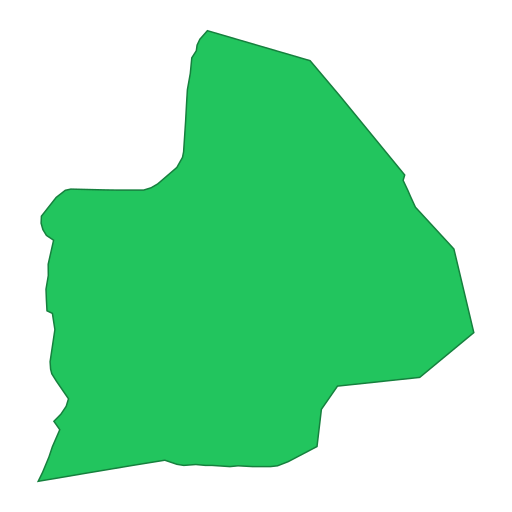 Serra Negra do Norte, Rio Grande do Norte, Brazil (Albers equal-area conic projection)
{"feature_id": "56859067B12396150079063", "entity_name": "Serra Negra do Norte", "entity_type": "district", "adm_level": 2, "iso_a3": "BRA", "parent_name": "Brazil", "parent_adm1": "Rio Grande do Norte", "projection": "albers", "projection_center": [-37.401, -6.573], "detail": "fine", "context": "isolated", "style": "filled", "palette": "green", "viewbox_px": 512, "rotation_deg": 0, "n_neighbors": 0, "source": "geoboundaries", "source_scale": "gbopen_adm2", "svg_char_len": 994}
<svg xmlns="http://www.w3.org/2000/svg" viewBox="0 0 512 512"><path d="M453.9,249.0L415.4,207.2L410.3,196.1L407.8,190.3L403.1,180.4L404.7,175.0L339.5,95.5L310.1,60.7L207.4,30.7L199.9,39.2L197.1,45.1L196.3,50.8L191.8,57.8L190.3,73.5L187.4,89.7L186.6,103.0L185.6,121.5L183.6,151.9L182.5,157.4L176.9,167.4L157.6,184.0L151.0,187.8L143.6,190.1L117.2,190.1L103.6,189.9L70.8,189.1L65.3,190.3L56.2,197.4L41.4,216.2L41.1,223.2L42.9,229.6L46.5,235.5L53.6,240.2L48.2,264.2L48.3,275.6L46.0,289.2L46.4,299.8L47.0,310.8L52.4,313.4L54.9,329.6L50.1,361.7L50.6,369.1L51.8,373.8L56.5,381.3L68.5,398.8L66.2,406.3L60.9,414.2L53.9,421.3L59.8,429.7L52.4,446.7L49.0,456.9L42.6,472.3L38.2,481.3L85.4,473.3L101.0,470.7L132.6,465.4L164.8,460.2L176.9,464.3L183.8,465.4L195.8,464.5L205.5,465.4L212.2,465.4L229.9,466.6L238.1,465.8L252.9,466.6L261.6,466.6L270.4,466.6L277.5,465.8L288.1,461.7L317.0,446.5L321.4,409.3L337.5,386.1L419.7,377.4L473.8,332.6L453.9,249.0Z" fill="#22c55e" stroke="#15803d" stroke-width="1.5"/></svg>